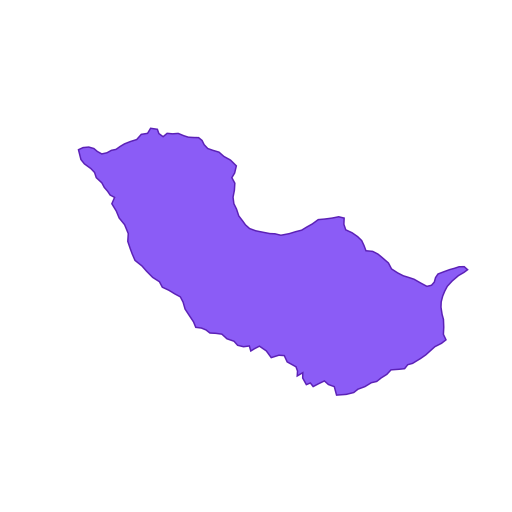 Claraval, Minas Gerais, Brazil (Albers equal-area conic projection), rotated 299°
{"feature_id": "56859067B71136395250653", "entity_name": "Claraval", "entity_type": "district", "adm_level": 2, "iso_a3": "BRA", "parent_name": "Brazil", "parent_adm1": "Minas Gerais", "projection": "albers", "projection_center": [-47.233, -20.359], "detail": "fine", "context": "isolated", "style": "filled", "palette": "violet", "viewbox_px": 512, "rotation_deg": 299, "n_neighbors": 0, "source": "geoboundaries", "source_scale": "gbopen_adm2", "svg_char_len": 2332}
<svg xmlns="http://www.w3.org/2000/svg" viewBox="0 0 512 512"><g transform="rotate(299 256 256)"><path d="M274.8,462.8L278.3,457.9L284.8,454.7L291.4,450.7L295.1,447.1L300.9,442.6L305.7,440.2L311.5,438.7L316.8,438.1L322.3,438.0L329.3,439.7L337.1,442.6L342.4,445.8L346.6,447.7L347.6,443.3L345.1,438.9L341.4,435.5L338.0,432.0L333.5,428.1L328.5,423.9L324.2,423.5L319.6,424.6L315.5,423.7L312.3,420.2L312.2,413.1L312.3,405.5L311.3,400.1L310.1,394.4L309.9,388.0L310.4,380.8L314.1,375.2L315.9,366.6L316.8,361.7L316.6,355.8L313.9,349.6L317.5,345.4L320.7,341.0L322.2,335.6L322.9,328.8L322.4,321.8L326.3,317.5L331.9,314.7L330.4,309.3L326.0,304.1L321.5,298.0L318.0,292.8L311.3,289.7L306.0,286.4L300.7,283.4L296.6,279.0L291.7,274.3L286.2,267.7L284.6,261.8L282.3,257.2L280.1,250.4L277.9,243.5L276.9,237.1L278.1,231.7L280.1,227.5L282.7,221.5L287.6,216.2L291.0,211.3L296.3,207.4L303.1,205.2L309.4,202.2L312.8,196.9L318.2,197.1L325.3,195.1L327.5,187.2L327.5,179.6L328.9,173.3L327.5,167.0L326.6,161.7L328.2,156.7L330.9,152.8L331.7,148.4L329.3,143.8L327.1,139.2L326.2,134.6L325.5,128.5L322.4,123.8L320.2,118.8L315.3,116.9L316.0,111.7L319.0,108.3L316.6,101.9L310.7,101.7L306.8,96.7L300.0,95.2L295.4,90.8L290.3,86.6L286.0,84.1L281.4,81.9L278.3,78.3L274.0,75.6L270.5,71.6L270.5,66.5L271.4,62.1L270.2,56.9L267.0,52.2L262.9,49.2L255.5,56.1L253.4,61.2L252.4,69.2L250.8,74.3L247.1,78.3L245.2,85.8L242.4,90.1L240.7,94.8L238.6,98.9L238.7,103.9L231.8,104.6L227.6,112.0L222.9,117.9L219.7,125.9L213.7,133.4L206.6,136.8L201.5,142.4L197.9,146.6L193.5,152.3L192.0,161.1L189.7,167.5L187.2,176.0L186.7,184.0L183.3,189.2L183.8,196.4L183.5,203.2L183.6,209.6L180.3,214.6L175.2,219.7L171.1,227.5L168.1,233.3L164.4,237.9L166.5,243.1L167.1,248.1L166.3,253.0L168.9,258.4L171.1,264.0L169.5,270.7L170.8,278.1L169.0,283.2L170.6,289.1L174.1,293.8L170.4,297.5L174.3,299.7L178.8,302.7L178.0,311.0L174.5,318.6L180.3,324.1L182.6,329.0L178.5,334.6L178.5,344.7L175.5,348.1L171.1,350.2L176.6,353.5L171.9,356.0L167.9,362.4L171.3,365.1L169.5,369.3L174.4,372.5L179.9,376.4L178.7,381.6L179.7,387.8L173.4,393.9L178.7,402.0L184.0,407.7L188.9,409.7L194.6,414.6L201.1,418.3L204.8,422.4L210.1,424.6L215.9,427.8L221.9,429.3L226.2,435.9L229.5,440.6L234.5,441.4L238.0,445.0L246.3,449.7L251.8,452.4L263.4,456.4L269.6,460.6L274.8,462.8Z" fill="#8b5cf6" stroke="#5b21b6" stroke-width="1.5"/></g></svg>